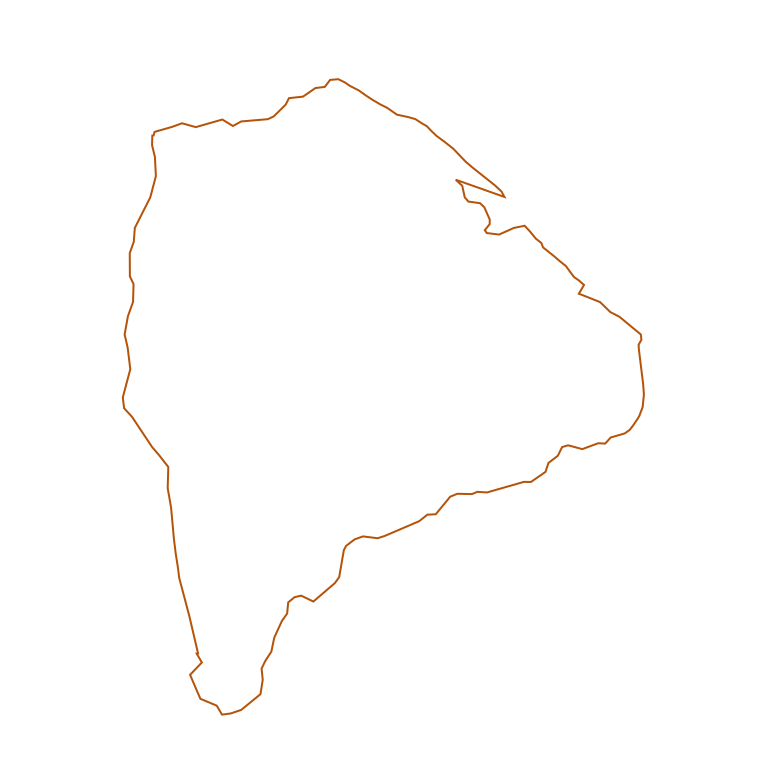 Gbadolite, Équateur, Democratic Republic of the Congo, rotated 263°
{"feature_id": "63176286B98421000452360", "entity_name": "Gbadolite", "entity_type": "district", "adm_level": 2, "iso_a3": "COD", "parent_name": "Democratic Republic of the Congo", "parent_adm1": "Équateur", "projection": "albers", "projection_center": [20.879, 4.254], "detail": "fine", "context": "isolated", "style": "outline", "palette": "amber", "viewbox_px": 768, "rotation_deg": 263, "n_neighbors": 0, "source": "geoboundaries", "source_scale": "gbopen_adm2", "svg_char_len": 2187}
<svg xmlns="http://www.w3.org/2000/svg" viewBox="0 0 768 768"><g transform="rotate(263 384 384)"><path d="M662.2,187.0L658.8,185.6L658.8,184.3L650.1,183.0L649.3,182.9L637.1,184.3L618.1,182.9L597.8,174.8L569.3,155.7L555.7,153.0L544.9,147.6L521.8,144.9L513.7,147.6L496.0,144.9L488.3,141.0L482.5,138.1L464.8,132.6L451.3,134.0L429.6,134.0L402.5,123.1L391.6,123.1L382.1,129.9L349.6,146.2L341.4,151.7L327.9,159.8L307.0,156.6L299.5,157.0L287.2,157.6L268.0,157.0L255.8,156.6L241.3,156.6L226.4,157.1L226.1,157.1L216.6,157.1L177.3,162.5L139.3,166.6L139.3,165.2L129.8,169.3L119.0,156.1L104.4,160.3L93.9,163.4L85.1,178.8L75.6,182.9L75.6,186.5L75.7,191.8L77.9,202.5L91.2,223.6L105.2,227.6L116.4,227.8L123.6,232.4L132.1,239.6L145.5,244.1L161.1,253.7L168.0,259.9L178.9,262.3L183.3,269.2L184.0,276.0L176.7,287.4L192.4,311.0L197.8,316.0L224.0,323.9L228.0,326.7L233.4,336.0L235.3,344.5L231.7,358.9L233.0,365.8L243.6,402.3L249.0,411.1L248.4,419.5L264.1,436.0L266.1,443.5L264.0,457.9L265.6,463.5L263.8,472.9L269.8,510.8L268.9,518.0L277.1,533.6L285.6,537.6L291.6,547.8L299.7,553.1L300.7,559.3L295.2,572.9L299.1,589.4L297.9,596.3L303.3,602.5L305.6,616.9L308.5,622.3L312.5,626.2L318.2,631.2L321.0,633.4L329.5,637.9L342.0,640.7L352.2,641.2L359.0,641.2L375.4,641.2L387.6,641.2L391.9,641.5L396.6,644.9L401.9,644.9L422.0,625.9L427.8,617.4L438.9,608.5L449.9,588.4L457.9,594.6L463.0,590.1L466.9,585.7L472.6,582.4L478.8,579.0L483.9,574.0L490.6,567.9L500.2,558.5L504.7,557.4L509.8,552.4L517.7,547.4L523.9,542.9L523.1,532.0L518.3,516.4L521.3,504.4L524.4,502.8L529.8,508.4L534.4,509.0L547.2,505.1L551.8,501.3L554.8,490.0L559.4,486.9L571.2,485.8L578.0,480.1L555.0,526.3L560.7,524.1L567.4,518.5L575.9,510.2L583.8,502.4L587.8,498.5L588.3,498.0L595.1,491.8L601.9,486.8L609.2,481.3L616.5,474.1L623.9,466.3L630.1,461.3L634.6,458.0L638.0,453.5L643.1,447.4L645.9,440.8L649.8,429.6L657.7,420.8L662.2,414.1L667.3,407.4L672.9,400.8L678.5,394.7L684.2,386.3L688.1,381.9L692.1,375.8L692.4,367.6L686.1,361.4L686.1,352.0L679.1,338.6L679.3,324.5L673.3,320.5L663.0,307.1L661.0,300.9L662.0,274.3L658.5,265.5L666.2,255.8L661.9,228.5L667.4,215.3L665.2,205.7L665.1,205.4L662.2,187.0Z" fill="none" stroke="#b45309" stroke-width="2"/></g></svg>